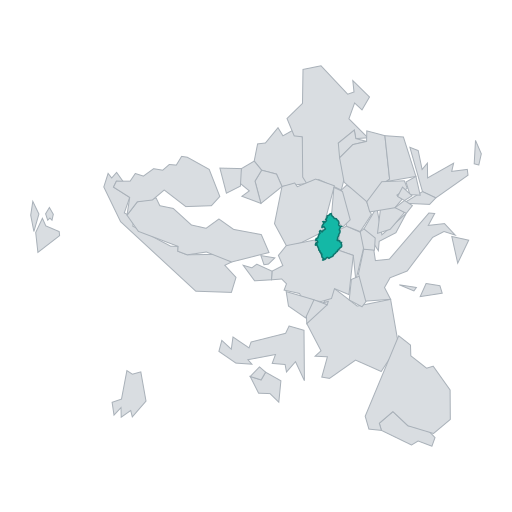 location of Czechia within Europe, rotated 270°
{"feature_id": "CZE", "entity_name": "Czechia", "entity_type": "country or territory", "adm_level": 0, "iso_a3": "CZE", "parent_name": "Europe", "parent_adm1": "", "projection": "albers", "projection_center": [15.441, 49.807], "detail": "fine", "context": "in_parent", "style": "filled", "palette": "teal", "viewbox_px": 512, "rotation_deg": 270, "n_neighbors": 37, "source": "natural_earth", "source_scale": "50m", "svg_char_len": 10271}
<svg xmlns="http://www.w3.org/2000/svg" viewBox="0 0 512 512"><g transform="rotate(270 256 256)"><path d="M259.6,37.9L279.5,35.7L293.7,42.4L286.1,45.8L280.4,59.2L276.4,59.6L259.6,37.9ZM339.6,116.6L330.2,123.3L330.8,116.4L324.9,113.5L314.6,129.7L299.1,124.3L294.0,134.0L285.8,132.8L265.8,170.6L265.6,178.1L260.8,177.8L257.2,187.2L257.7,218.6L250.0,231.5L246.7,224.8L234.6,236.0L219.6,231.4L220.8,195.8L290.3,120.6L325.0,103.8L338.6,108.1L334.0,111.7L339.6,116.6ZM310.6,32.8L298.0,38.9L280.5,33.9L296.8,30.7L310.6,32.8ZM304.5,49.4L297.7,53.3L291.8,52.0L293.9,49.9L291.8,47.7L298.2,45.6L304.5,49.4Z" fill="#d9dde1" stroke="#a8b0b8" stroke-width="1"/><path d="M188.4,306.8L223.4,334.5L205.9,357.2L212.7,390.6L166.9,398.5L140.5,381.2L151.9,355.5L133.6,329.5L134.9,321.8L155.2,327.4L155.8,315.1L161.2,321.0L188.4,306.8ZM221.1,413.9L227.2,399.3L224.5,416.4L221.1,413.9Z" fill="#d9dde1" stroke="#a8b0b8" stroke-width="1"/><path d="M250.0,231.5L260.0,206.4L257.2,187.2L260.8,177.8L265.6,178.1L280.6,138.4L296.8,127.0L310.2,137.3L314.0,156.1L306.3,159.8L303.5,173.3L287.0,191.4L283.7,206.1L293.0,218.9L282.6,233.6L277.4,261.3L259.5,269.0L250.0,231.5Z" fill="#d9dde1" stroke="#a8b0b8" stroke-width="1"/><path d="M350.9,254.2L368.1,257.6L369.0,265.4L384.3,278.0L376.2,282.9L381.5,292.4L375.2,302.3L328.5,306.7L325.5,282.0L337.9,276.5L341.8,261.6L350.9,254.2Z" fill="#d9dde1" stroke="#a8b0b8" stroke-width="1"/><path d="M420.0,354.0L431.4,352.8L415.0,369.5L402.1,362.0L409.0,354.6L393.2,348.9L374.2,367.9L373.4,355.8L381.9,354.3L368.9,338.3L342.5,346.5L321.9,341.3L332.5,318.7L328.5,306.7L334.9,302.7L375.2,302.3L376.1,294.2L393.5,287.0L408.6,302.5L442.6,303.0L446.2,321.0L417.8,347.7L420.0,354.0Z" fill="#d9dde1" stroke="#a8b0b8" stroke-width="1"/><path d="M325.5,282.0L329.0,294.7L325.3,297.3L332.9,315.6L326.2,334.4L279.8,322.0L266.0,294.6L266.4,286.3L288.3,274.5L325.5,282.0Z" fill="#d9dde1" stroke="#a8b0b8" stroke-width="1"/><path d="M285.8,346.5L279.0,362.0L268.8,364.7L231.4,355.8L256.6,353.3L261.8,338.4L282.3,339.5L285.8,346.5Z" fill="#d9dde1" stroke="#a8b0b8" stroke-width="1"/><path d="M321.9,341.3L326.9,346.7L316.1,364.4L297.4,371.4L280.4,360.2L285.8,346.5L321.9,341.3Z" fill="#d9dde1" stroke="#a8b0b8" stroke-width="1"/><path d="M354.2,339.6L368.9,338.3L381.9,354.3L373.4,355.8L370.6,366.6L367.4,352.8L354.2,339.6Z" fill="#d9dde1" stroke="#a8b0b8" stroke-width="1"/><path d="M370.6,366.6L381.1,366.8L376.3,384.9L332.9,389.6L310.3,366.8L329.8,344.1L354.2,339.6L367.4,352.8L370.6,366.6Z" fill="#d9dde1" stroke="#a8b0b8" stroke-width="1"/><path d="M341.8,261.6L337.9,276.5L325.5,282.0L308.6,260.9L330.9,255.0L341.8,261.6Z" fill="#d9dde1" stroke="#a8b0b8" stroke-width="1"/><path d="M343.4,241.4L350.9,254.2L341.8,261.6L330.9,255.0L308.6,260.9L315.7,241.9L321.1,249.3L330.5,237.9L343.4,241.4Z" fill="#d9dde1" stroke="#a8b0b8" stroke-width="1"/><path d="M343.9,219.9L343.4,241.4L325.9,240.4L318.8,226.4L343.9,219.9Z" fill="#d9dde1" stroke="#a8b0b8" stroke-width="1"/><path d="M266.4,286.3L272.0,314.7L252.9,323.2L261.8,338.4L256.6,353.3L217.4,348.9L223.4,334.5L213.5,331.5L210.5,321.1L212.5,302.8L218.5,299.5L221.9,284.1L228.2,286.5L233.0,281.7L232.2,271.5L240.8,272.0L246.4,282.8L256.6,278.4L266.4,286.3Z" fill="#d9dde1" stroke="#a8b0b8" stroke-width="1"/><path d="M330.3,385.5L332.9,389.6L376.3,384.9L375.0,403.4L335.6,415.9L330.3,385.5Z" fill="#d9dde1" stroke="#a8b0b8" stroke-width="1"/><path d="M371.6,475.5L358.2,481.3L347.0,478.8L348.2,474.2L371.6,475.5ZM320.4,422.5L364.7,409.9L361.4,418.2L342.5,422.1L348.9,427.4L334.1,427.6L348.8,453.6L340.6,451.7L342.6,467.3L336.8,468.0L314.1,435.8L320.4,422.5Z" fill="#d9dde1" stroke="#a8b0b8" stroke-width="1"/><path d="M320.4,422.5L314.1,435.8L307.6,429.6L308.8,403.6L320.4,422.5Z" fill="#d9dde1" stroke="#a8b0b8" stroke-width="1"/><path d="M283.1,363.9L304.6,376.7L277.2,381.9L298.7,406.3L279.3,395.9L270.7,379.2L261.3,378.4L283.1,363.9Z" fill="#d9dde1" stroke="#a8b0b8" stroke-width="1"/><path d="M232.6,351.4L237.4,362.9L213.8,368.4L205.2,362.0L212.0,349.2L232.6,351.4Z" fill="#d9dde1" stroke="#a8b0b8" stroke-width="1"/><path d="M208.7,321.3L210.6,328.3L207.2,327.2L208.7,321.3Z" fill="#d9dde1" stroke="#a8b0b8" stroke-width="1"/><path d="M212.2,314.0L207.2,327.2L188.4,306.8L205.2,305.9L212.2,314.0Z" fill="#d9dde1" stroke="#a8b0b8" stroke-width="1"/><path d="M220.4,286.2L212.2,314.0L194.1,305.6L205.9,288.5L220.4,286.2Z" fill="#d9dde1" stroke="#a8b0b8" stroke-width="1"/><path d="M81.6,381.4L88.8,379.3L100.4,392.9L86.2,408.0L85.1,424.8L74.4,435.0L65.8,431.9L71.0,418.1L67.0,411.5L81.6,381.4Z" fill="#d9dde1" stroke="#a8b0b8" stroke-width="1"/><path d="M78.5,433.5L86.2,408.0L100.4,392.9L88.8,379.3L81.6,381.4L82.9,368.9L95.8,365.2L176.2,398.7L166.9,410.5L156.2,410.8L143.8,426.6L145.8,433.2L122.0,450.1L92.6,450.3L78.5,433.5Z" fill="#d9dde1" stroke="#a8b0b8" stroke-width="1"/><path d="M139.8,265.6L131.2,280.9L109.8,278.8L118.4,270.0L118.8,258.6L135.5,250.2L132.1,261.1L139.8,265.6Z" fill="#d9dde1" stroke="#a8b0b8" stroke-width="1"/><path d="M238.2,358.5L262.8,363.7L263.5,373.6L251.4,375.4L252.8,389.3L299.0,428.9L298.5,434.7L286.6,428.3L288.4,444.5L276.9,455.2L280.5,444.0L274.6,432.6L241.0,407.2L234.3,390.1L224.5,384.5L212.7,390.6L210.9,365.7L238.2,358.5ZM248.8,457.7L275.5,451.8L271.8,468.7L248.8,457.7ZM215.4,420.2L228.5,426.1L226.3,439.9L218.8,442.2L215.4,420.2Z" fill="#d9dde1" stroke="#a8b0b8" stroke-width="1"/><path d="M240.8,272.0L232.2,271.5L231.2,254.6L246.7,243.2L244.2,251.9L247.8,256.8L240.8,272.0ZM256.4,260.9L254.1,274.8L247.9,268.4L247.3,264.0L256.4,260.9Z" fill="#d9dde1" stroke="#a8b0b8" stroke-width="1"/><path d="M139.8,265.6L132.1,261.1L135.5,250.2L145.1,259.5L139.8,265.6ZM157.5,275.5L152.3,247.9L147.8,251.9L148.9,235.9L160.6,218.9L171.6,221.8L162.8,231.3L175.0,233.0L164.1,249.0L170.0,251.1L178.7,285.6L186.0,289.1L181.7,304.0L131.3,304.4L150.3,295.5L140.0,286.5L147.5,285.1L148.6,272.2L157.5,275.5Z" fill="#d9dde1" stroke="#a8b0b8" stroke-width="1"/><path d="M141.4,126.9L137.8,132.4L140.1,140.8L110.9,146.0L95.1,132.3L101.5,130.7L94.8,121.2L104.4,121.0L96.9,114.0L109.7,112.1L112.9,121.5L141.4,126.9Z" fill="#d9dde1" stroke="#a8b0b8" stroke-width="1"/><path d="M262.8,363.7L280.4,360.2L283.1,363.9L274.0,375.2L261.8,374.5L262.8,363.7Z" fill="#d9dde1" stroke="#a8b0b8" stroke-width="1"/><path d="M330.8,116.4L330.8,130.1L338.5,135.3L335.9,143.4L343.3,153.6L341.8,162.7L347.5,169.3L346.9,176.3L355.6,181.6L354.8,187.2L342.6,209.2L315.5,219.8L306.3,211.4L305.4,185.8L322.0,164.2L312.0,152.4L310.2,137.3L296.8,127.0L314.6,129.7L324.9,113.5L330.8,116.4Z" fill="#d9dde1" stroke="#a8b0b8" stroke-width="1"/><path d="M324.6,333.9L320.5,342.5L292.2,350.2L285.0,342.8L296.4,331.5L324.6,333.9Z" fill="#d9dde1" stroke="#a8b0b8" stroke-width="1"/><path d="M299.5,404.5L282.7,390.2L278.7,377.5L304.7,380.7L306.1,394.4L299.5,404.5Z" fill="#d9dde1" stroke="#a8b0b8" stroke-width="1"/><path d="M330.0,406.0L335.6,415.9L316.8,420.2L317.4,409.9L330.0,406.0Z" fill="#d9dde1" stroke="#a8b0b8" stroke-width="1"/><path d="M300.1,369.7L310.3,366.8L330.3,381.8L331.2,404.3L323.7,407.3L316.9,396.9L312.8,402.1L304.3,395.0L300.1,369.7Z" fill="#d9dde1" stroke="#a8b0b8" stroke-width="1"/><path d="M311.5,404.5L306.4,412.4L298.7,406.3L304.3,395.0L311.5,404.5Z" fill="#d9dde1" stroke="#a8b0b8" stroke-width="1"/><path d="M316.2,412.0L311.5,404.5L315.5,397.6L324.9,402.5L316.2,412.0Z" fill="#d9dde1" stroke="#a8b0b8" stroke-width="1"/><path d="M298.4,331.2L298.2,331.3L297.8,331.4L297.3,331.5L296.7,331.5L296.3,331.8L295.9,332.3L295.5,332.6L295.3,332.9L295.2,333.2L293.8,334.1L293.6,334.5L293.5,335.0L293.4,335.6L293.3,336.2L293.1,336.5L292.3,336.8L292.2,337.0L292.0,337.3L291.6,337.7L291.1,338.2L290.2,338.7L289.2,338.9L287.9,338.7L287.1,338.6L286.7,338.8L286.2,339.4L285.7,340.6L285.5,341.4L285.3,341.2L285.0,340.3L284.6,340.2L284.1,340.1L283.8,340.0L283.0,339.5L282.6,339.4L282.1,339.3L281.7,339.6L281.3,340.0L280.3,340.0L279.2,339.8L277.5,338.7L277.1,338.7L276.6,338.7L275.9,338.4L274.5,337.7L273.9,337.5L273.5,337.6L273.1,337.8L272.8,337.8L272.7,337.6L272.2,337.2L271.7,337.2L271.5,337.4L271.3,339.1L271.1,339.7L270.4,339.6L270.2,339.9L269.6,340.7L269.5,341.5L268.5,341.3L268.1,341.2L267.7,341.3L267.2,341.7L265.9,341.7L265.0,341.4L264.5,340.4L264.1,340.0L263.5,339.7L263.3,339.6L263.0,339.1L262.4,338.4L261.5,337.5L260.8,337.5L260.5,337.3L260.4,336.9L260.1,336.4L259.7,336.0L259.3,335.8L258.7,335.3L257.9,334.2L257.2,333.4L256.5,333.4L256.0,333.0L255.6,332.4L255.3,331.9L254.8,330.7L254.4,330.0L254.1,329.5L253.8,329.2L253.7,328.9L254.2,328.3L254.3,327.9L254.5,327.7L254.6,327.4L254.6,327.2L254.3,326.6L253.8,326.1L253.1,325.6L252.6,325.0L252.5,324.5L252.4,324.2L252.1,323.7L251.9,323.1L251.9,322.8L252.0,322.7L252.5,323.0L252.8,323.4L253.1,324.1L253.3,323.9L253.7,323.2L254.4,322.4L255.1,321.9L255.7,321.9L256.2,321.8L256.6,321.6L257.3,321.7L257.8,321.9L258.2,321.4L258.3,321.0L259.4,320.8L259.8,320.1L260.1,320.1L260.3,320.0L260.5,319.8L260.8,319.7L261.0,319.8L261.4,319.7L261.8,318.9L262.0,318.8L263.0,318.7L264.4,318.3L265.0,317.9L265.7,317.6L266.4,317.2L267.6,316.9L267.6,316.7L267.1,316.3L266.9,316.0L266.8,315.7L267.0,315.4L267.3,315.4L267.6,315.5L268.5,315.7L268.8,315.9L268.9,316.3L269.1,316.7L269.3,316.7L269.2,317.3L269.5,317.6L270.0,317.8L270.2,317.7L270.5,317.5L270.5,317.3L271.1,317.3L271.7,317.0L271.8,316.6L271.7,315.8L271.8,315.7L272.7,315.9L273.6,316.3L273.7,317.1L273.9,317.5L274.2,317.8L274.5,318.0L275.0,318.0L276.2,318.5L276.8,318.6L277.4,318.9L277.9,319.3L278.2,319.3L278.4,319.7L278.7,320.0L279.1,319.8L280.5,319.5L281.0,319.8L281.4,320.2L281.5,320.3L281.3,320.7L281.2,321.0L280.5,321.3L280.3,321.6L280.1,322.0L280.2,322.3L280.6,322.5L280.9,322.6L281.0,322.8L282.0,323.8L282.7,325.2L283.0,325.4L283.3,325.4L283.6,325.2L284.0,324.8L284.4,324.4L284.8,324.3L285.4,323.9L285.4,323.6L284.9,322.7L284.5,322.0L284.6,321.9L285.3,322.0L286.5,322.3L288.3,323.6L288.6,323.6L289.3,323.5L289.9,323.3L290.3,323.0L290.5,323.8L290.3,324.2L289.5,324.6L289.6,324.8L289.8,325.1L290.2,325.2L290.6,325.7L291.0,326.2L291.2,326.4L291.6,326.5L292.3,326.2L292.5,326.0L292.6,325.8L293.0,326.1L293.1,326.3L293.8,326.6L294.3,326.9L294.5,327.1L294.8,326.9L296.0,327.1L296.3,327.4L296.4,327.8L296.4,328.0L296.6,328.7L298.1,330.1L298.3,330.9L298.4,331.2Z" fill="#14b8a6" stroke="#0f766e" stroke-width="1.5"/></g></svg>